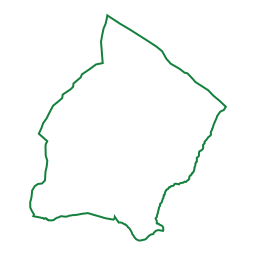 Bradesti, Harghita, Romania
{"feature_id": "2599482B45908659223453", "entity_name": "Bradesti", "entity_type": "district", "adm_level": 2, "iso_a3": "ROU", "parent_name": "Romania", "parent_adm1": "Harghita", "projection": "mercator", "projection_center": [25.438, 46.404], "detail": "fine", "context": "isolated", "style": "outline", "palette": "green", "viewbox_px": 256, "rotation_deg": 0, "n_neighbors": 0, "source": "geoboundaries", "source_scale": "gbopen_adm2", "svg_char_len": 4396}
<svg xmlns="http://www.w3.org/2000/svg" viewBox="0 0 256 256"><path d="M163.0,230.9L163.2,230.6L163.3,230.3L163.3,229.9L163.2,229.1L163.2,228.1L163.2,227.4L162.7,226.6L162.0,225.8L161.4,225.5L160.7,225.2L159.8,224.7L159.4,224.6L159.1,224.4L158.8,223.8L158.4,223.7L157.3,223.7L156.9,223.5L156.7,223.0L156.8,222.7L156.9,222.4L156.7,221.3L156.7,220.9L156.5,220.2L156.3,219.7L155.7,218.9L155.6,218.7L155.8,218.0L156.5,217.3L156.8,217.0L157.0,215.9L157.1,215.0L157.3,214.5L157.4,214.4L157.5,214.1L157.6,213.3L158.1,212.6L158.2,211.8L158.1,211.0L158.5,209.9L158.8,209.5L158.8,208.5L159.1,207.4L159.7,206.2L160.1,205.7L160.2,204.9L160.2,204.7L160.0,204.4L160.2,203.7L161.0,203.1L161.3,202.8L162.1,201.5L162.1,200.8L162.4,200.0L162.6,199.1L163.4,198.0L163.4,197.3L163.5,196.8L163.7,196.5L163.6,196.2L164.0,195.6L163.9,195.0L164.7,194.5L165.1,192.4L165.3,191.8L165.5,191.5L165.7,190.9L166.1,190.6L166.3,190.2L166.4,189.7L166.8,189.4L167.4,189.4L167.6,189.3L168.1,188.9L168.9,187.4L169.1,187.4L169.3,187.3L169.5,187.5L170.2,187.1L170.6,186.6L171.2,186.1L171.5,186.0L172.2,186.0L173.5,185.7L174.1,184.9L174.3,184.5L174.3,184.2L174.9,183.8L175.8,183.7L176.5,183.9L178.0,184.1L178.7,184.1L179.0,184.3L179.5,183.6L180.7,183.0L181.6,182.8L182.4,182.8L182.9,182.8L183.5,182.5L183.9,182.2L184.4,181.7L185.0,181.9L185.9,181.9L186.3,181.7L186.7,181.0L188.7,179.7L189.2,178.6L189.3,177.8L189.2,177.3L189.4,176.9L189.5,176.5L190.0,175.7L190.4,175.4L190.8,175.4L191.6,174.0L192.2,173.7L192.5,173.2L192.4,172.7L192.8,172.5L193.5,171.8L194.0,170.7L194.2,169.8L194.5,169.0L194.3,168.0L194.6,167.1L195.0,166.4L195.3,165.6L195.3,165.1L195.3,164.4L195.3,164.0L195.5,163.4L195.7,163.2L195.8,163.0L196.0,162.2L196.7,161.8L196.9,161.5L196.8,160.4L196.8,160.2L196.9,159.6L196.8,158.9L196.8,157.9L197.8,157.0L198.6,156.4L198.9,155.6L199.0,153.2L199.3,151.6L199.7,151.1L200.2,151.0L201.3,150.3L202.9,148.9L203.3,147.0L203.2,146.4L203.1,146.1L202.9,145.9L203.2,144.7L204.3,143.7L204.7,143.1L204.5,142.3L204.6,141.7L205.5,140.8L205.6,140.6L206.1,140.1L206.7,139.4L207.8,137.9L208.4,137.0L209.4,136.4L210.5,135.4L211.0,134.5L210.8,133.4L210.9,132.0L211.0,131.6L211.5,130.9L211.8,130.1L212.1,129.4L212.2,128.7L212.7,128.0L213.3,125.8L213.5,125.1L213.8,124.3L216.7,117.7L217.2,115.9L217.7,115.4L218.9,113.6L220.1,111.9L220.7,111.5L222.0,110.7L223.0,110.5L224.0,109.8L224.2,109.3L224.6,108.8L224.7,108.5L225.1,107.7L225.7,107.0L225.8,106.9L225.8,106.6L225.6,106.4L224.0,105.0L219.2,100.5L213.3,95.6L210.8,93.0L208.4,90.4L195.4,82.0L193.2,79.4L187.4,73.3L184.6,72.7L179.7,68.9L175.9,66.7L170.7,63.7L166.3,58.7L162.2,51.3L156.7,46.8L146.8,40.3L129.8,29.5L120.3,23.9L107.3,15.4L106.8,18.5L105.6,23.8L103.5,28.7L102.1,35.6L101.0,41.8L101.6,49.1L102.7,63.1L96.1,64.4L89.1,69.5L81.9,74.4L80.7,77.4L73.5,83.5L73.1,86.8L70.7,89.2L62.7,94.6L62.2,98.1L59.0,100.9L53.1,105.7L49.4,112.7L46.6,118.4L43.1,123.2L41.4,128.3L38.8,133.7L47.3,141.2L45.8,144.1L45.5,146.4L45.6,150.5L45.7,155.4L47.3,160.9L46.7,166.4L45.5,171.7L45.2,176.6L45.0,180.4L42.0,183.5L37.9,184.0L36.4,185.1L34.8,186.1L33.5,188.3L32.2,190.4L31.5,197.1L30.9,199.7L30.2,202.2L30.3,207.6L31.8,210.8L34.0,214.4L33.6,215.3L33.3,216.2L33.8,216.3L35.3,216.6L39.6,217.4L41.0,217.7L41.3,217.9L42.3,217.9L42.9,218.1L43.2,218.2L43.7,218.3L44.0,218.8L44.7,218.6L45.5,218.2L45.8,218.5L46.4,218.5L46.7,219.2L47.3,219.2L47.6,219.8L48.2,219.9L48.4,220.3L49.2,220.4L50.0,220.2L50.9,220.4L51.8,220.4L53.6,220.0L54.1,219.8L55.1,218.9L56.4,218.0L59.2,217.1L60.8,216.2L65.8,216.7L67.0,216.5L68.0,216.2L69.2,215.7L69.8,215.6L70.4,215.5L71.1,215.5L71.8,215.3L73.1,215.1L73.8,215.0L74.8,215.1L75.7,214.9L76.3,214.9L76.9,214.8L82.6,213.7L83.1,213.7L83.3,213.6L83.9,213.6L87.9,213.1L93.2,214.7L98.6,216.2L102.9,217.5L105.7,218.3L109.8,219.0L110.7,219.2L111.7,219.3L113.5,219.6L114.6,218.3L114.8,216.8L115.6,218.0L116.4,219.3L117.0,220.2L118.1,221.4L118.5,222.4L118.8,222.6L119.9,222.4L122.0,222.8L123.1,223.5L123.8,223.9L125.0,224.2L125.3,224.8L126.2,225.1L127.6,226.5L127.9,227.2L129.3,228.2L130.8,230.6L131.8,232.5L132.3,234.2L133.4,235.4L134.1,236.8L134.7,237.5L136.0,239.1L138.5,240.4L139.5,240.6L141.3,240.3L142.7,240.0L143.9,239.7L144.7,239.6L146.2,238.8L147.8,236.9L149.5,235.4L150.3,235.0L151.3,234.3L152.0,234.3L153.3,234.0L153.9,232.6L154.9,231.8L155.8,230.8L156.6,230.6L158.3,230.1L159.2,230.2L161.4,230.6L162.2,230.8L162.8,230.9L163.0,230.9Z" fill="none" stroke="#15803d" stroke-width="2"/></svg>